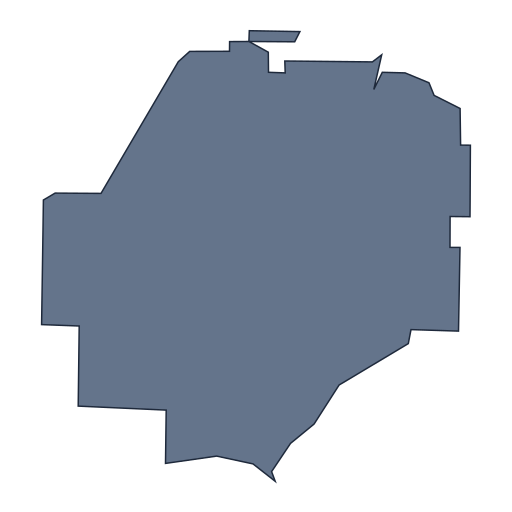 Macon, Georgia, United States of America (Natural Earth projection)
{"feature_id": "52423323B39498554570505", "entity_name": "Macon", "entity_type": "district", "adm_level": 2, "iso_a3": "USA", "parent_name": "United States of America", "parent_adm1": "Georgia", "projection": "natural_earth1", "projection_center": [-84.01, 32.351], "detail": "fine", "context": "isolated", "style": "filled", "palette": "slate", "viewbox_px": 512, "rotation_deg": 0, "n_neighbors": 0, "source": "geoboundaries", "source_scale": "gbopen_adm2", "svg_char_len": 706}
<svg xmlns="http://www.w3.org/2000/svg" viewBox="0 0 512 512"><path d="M460.1,108.5L434.1,95.4L429.0,82.8L405.1,72.9L382.3,72.3L373.8,89.5L381.7,54.8L372.4,61.9L284.8,61.0L285.2,72.9L268.5,72.3L268.3,52.2L248.9,41.5L229.6,41.6L229.5,51.3L189.7,51.4L178.3,61.7L101.0,193.4L55.1,193.1L43.4,200.0L43.0,229.5L41.6,324.6L79.2,326.0L78.2,406.1L117.6,407.9L166.2,410.1L165.5,463.4L216.6,456.1L253.0,463.9L275.2,481.3L271.6,471.6L290.5,443.4L314.1,424.0L339.1,385.0L408.3,343.6L411.0,329.6L458.5,331.1L460.0,247.4L450.0,247.4L450.1,216.5L470.0,216.7L470.1,202.0L470.4,145.2L460.6,145.1L460.1,108.5ZM299.9,31.6L249.3,30.7L248.9,41.5L294.7,41.8L299.9,31.6Z" fill="#64748b" stroke="#1e293b" stroke-width="1.5"/></svg>